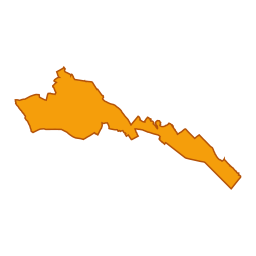 outline of Copalau, Botosani, Romania
{"feature_id": "2599482B3629245685711", "entity_name": "Copalau", "entity_type": "district", "adm_level": 2, "iso_a3": "ROU", "parent_name": "Romania", "parent_adm1": "Botosani", "projection": "equal_earth", "projection_center": [26.934, 47.592], "detail": "fine", "context": "isolated", "style": "filled", "palette": "amber", "viewbox_px": 256, "rotation_deg": 0, "n_neighbors": 0, "source": "geoboundaries", "source_scale": "gbopen_adm2", "svg_char_len": 5716}
<svg xmlns="http://www.w3.org/2000/svg" viewBox="0 0 256 256"><path d="M224.2,159.0L223.8,159.7L223.2,160.3L222.5,160.9L222.0,161.1L221.2,160.4L220.7,160.2L220.0,159.7L219.6,159.7L219.3,159.6L218.0,158.4L216.4,156.3L215.8,155.0L215.0,154.0L215.0,153.8L214.5,152.5L213.7,151.1L213.5,150.2L212.5,148.0L212.0,147.5L210.5,146.5L209.8,145.8L204.6,140.4L203.5,139.4L202.3,138.1L199.2,134.9L196.6,136.8L194.7,138.4L188.6,132.3L185.8,129.2L185.5,129.0L185.0,129.1L184.5,129.2L181.5,131.8L180.0,132.6L178.0,134.0L177.5,134.3L177.1,133.6L177.0,133.0L176.9,132.6L175.6,131.1L175.3,130.5L175.3,130.2L175.1,130.0L175.0,129.8L174.7,129.8L174.7,129.4L174.1,128.9L174.0,128.6L173.6,128.2L173.6,127.9L173.2,127.2L172.9,127.0L173.0,126.7L172.6,126.7L172.5,126.1L172.8,125.9L172.5,125.7L172.4,125.5L172.2,125.5L172.2,125.2L171.9,125.3L171.9,125.0L171.6,124.9L171.5,124.7L171.2,124.6L170.9,124.2L170.2,123.7L169.6,123.6L169.0,123.2L168.7,123.4L168.8,123.8L166.5,125.4L165.8,125.4L165.5,125.8L163.9,126.5L162.8,126.6L161.9,126.6L161.0,126.3L160.1,125.8L159.8,125.2L160.0,124.9L160.5,124.5L160.6,124.3L160.6,124.0L160.3,123.4L160.3,123.0L160.6,122.4L160.1,122.1L159.7,121.4L159.6,121.1L159.3,120.8L158.5,120.7L157.3,120.6L155.9,121.9L155.6,122.3L155.7,123.6L155.9,124.3L156.6,125.6L156.8,125.8L157.2,126.0L157.4,127.0L157.4,127.5L157.6,128.0L157.5,128.6L157.3,128.7L156.6,127.8L156.5,127.4L155.9,126.9L155.8,126.3L155.2,125.8L155.1,125.5L154.8,125.3L153.3,123.9L153.7,123.7L153.9,123.4L153.5,122.4L152.9,121.5L152.7,121.3L152.0,121.0L150.9,121.1L150.6,120.6L150.8,120.5L150.4,119.8L150.7,119.7L151.0,119.4L150.9,119.0L150.4,118.8L149.8,118.8L149.4,118.8L149.3,118.6L148.7,117.7L147.5,117.3L147.3,117.8L147.0,118.0L145.9,119.3L145.8,119.8L145.6,119.9L144.8,121.0L144.9,121.4L145.0,121.6L145.1,121.9L145.0,122.0L144.6,122.0L144.2,122.0L143.7,121.8L143.4,121.8L142.3,121.4L140.8,120.4L140.5,119.9L140.2,119.9L139.9,119.8L140.1,119.4L140.1,119.0L139.8,118.2L139.6,117.7L139.0,116.9L138.6,116.5L138.1,116.3L131.0,124.9L129.4,122.0L128.1,119.7L127.5,118.9L125.7,117.0L124.5,115.6L123.8,114.5L122.0,112.3L121.3,110.9L121.1,110.6L119.8,109.2L118.2,107.8L117.0,107.0L115.0,105.3L113.3,104.5L112.3,104.3L110.4,103.8L108.1,102.8L105.9,101.6L105.2,101.4L104.6,101.0L102.9,99.4L102.6,98.9L103.3,97.5L103.5,97.3L103.5,97.0L103.2,96.6L103.1,96.0L103.1,95.7L101.9,95.2L97.6,89.2L96.9,89.5L92.8,83.0L92.4,82.3L91.7,81.9L91.2,81.8L89.4,81.6L88.7,81.6L87.7,81.4L86.8,81.5L86.6,81.3L86.2,81.5L85.8,81.5L84.9,81.0L84.8,80.8L84.6,81.0L84.2,81.0L83.1,80.8L74.7,79.5L73.3,77.4L73.4,77.0L72.3,74.9L71.7,74.3L71.1,74.8L70.9,75.3L70.8,75.5L70.7,74.8L70.3,74.4L67.2,72.8L65.8,72.2L64.9,71.6L64.6,71.0L64.5,70.4L64.8,69.5L64.7,69.2L65.1,68.9L63.8,67.2L62.9,68.5L62.3,68.7L60.2,69.9L56.7,71.8L57.3,73.4L57.8,75.1L58.7,77.0L59.1,77.3L58.5,77.3L57.3,77.9L55.6,79.0L54.6,79.8L54.0,80.9L55.6,82.1L55.8,82.0L56.4,82.4L55.0,83.6L53.8,84.9L52.8,85.8L52.9,86.2L52.8,86.8L53.6,87.4L53.8,87.7L55.0,90.9L55.4,91.4L55.4,91.7L55.9,92.7L55.0,94.4L54.0,94.0L53.7,94.0L53.1,94.1L51.9,93.7L51.1,93.8L50.4,93.3L48.7,93.4L48.7,93.5L48.1,93.5L47.6,94.5L46.2,100.2L45.6,100.0L45.1,100.0L44.4,99.7L39.6,97.3L39.4,97.0L39.4,96.5L39.1,94.7L36.3,94.5L35.5,94.6L33.6,95.1L30.3,96.3L25.0,99.1L24.6,99.2L23.6,99.2L21.8,99.6L19.6,100.4L19.1,100.3L17.9,99.9L15.7,99.8L15.4,99.9L15.6,100.2L15.4,100.5L15.4,101.3L15.8,101.9L15.8,102.3L15.7,102.7L15.7,103.3L16.0,103.3L16.0,103.6L15.9,103.7L16.4,104.6L16.9,105.3L18.3,106.7L18.7,107.6L19.5,108.7L19.7,108.9L20.4,109.8L20.6,110.1L20.9,110.4L21.1,110.4L21.2,110.5L21.4,110.6L21.8,111.5L22.5,112.5L22.7,112.9L23.5,113.3L23.7,113.7L23.9,114.2L24.4,115.0L25.2,115.9L25.4,116.7L25.1,117.4L25.0,118.1L26.4,120.2L27.5,121.1L29.0,124.4L29.7,125.6L29.9,126.2L30.6,128.8L31.0,129.3L31.1,131.0L31.5,131.5L33.0,132.5L38.6,129.7L40.3,129.1L44.0,128.8L45.7,129.4L55.2,129.3L61.0,129.4L61.4,129.4L62.4,129.9L64.7,131.1L66.7,132.1L67.5,132.7L68.3,133.5L70.0,134.8L72.5,136.5L73.7,137.1L75.6,137.9L80.5,138.6L83.5,139.4L83.9,139.0L85.0,138.5L87.5,136.9L89.6,135.8L94.1,132.9L94.5,132.7L94.9,133.2L95.1,133.6L95.7,133.6L95.9,134.0L96.2,134.1L97.0,134.2L97.2,134.4L97.4,134.8L97.8,134.9L100.7,129.2L101.4,128.3L101.6,127.6L102.1,126.1L102.2,125.6L102.1,122.9L103.2,123.4L103.8,123.5L105.6,122.9L107.1,123.0L107.3,122.9L108.3,124.7L109.0,126.6L109.1,127.4L109.0,128.5L110.3,128.9L114.5,129.7L116.1,129.8L116.3,129.7L117.3,129.8L117.8,130.4L117.9,130.9L118.0,131.1L118.4,131.2L118.6,131.2L118.8,131.1L119.1,130.7L119.3,130.6L119.7,130.6L120.3,131.4L121.0,131.0L122.8,130.6L123.8,132.3L124.3,132.8L124.7,132.9L125.5,133.1L125.6,133.3L125.7,133.5L125.1,133.8L125.1,134.1L126.4,136.2L128.3,135.0L131.3,139.5L131.7,139.6L132.5,139.2L138.2,136.1L137.0,134.1L136.9,133.3L136.5,132.6L135.9,131.8L135.7,130.8L135.3,129.5L135.0,129.0L135.9,128.8L136.4,128.9L138.4,129.3L140.2,129.4L140.7,129.6L142.4,129.8L143.7,130.4L144.8,130.8L147.9,132.1L148.8,132.2L153.9,133.9L157.9,134.9L159.1,135.6L160.1,136.5L159.9,137.1L159.6,137.7L159.3,138.5L159.8,138.5L159.7,139.3L159.5,139.5L160.2,140.4L161.0,141.1L162.2,142.3L162.4,142.1L164.6,144.2L165.1,143.5L165.5,142.7L166.4,143.1L170.5,146.3L185.3,157.8L186.4,158.2L190.1,159.1L192.9,159.7L200.5,161.4L203.7,161.9L204.7,162.3L205.2,162.7L231.2,188.8L231.4,188.6L238.3,179.9L240.5,177.4L240.6,176.5L240.6,176.2L239.5,175.2L239.4,175.2L239.0,174.9L238.6,175.0L238.6,174.8L238.7,174.5L238.6,173.6L238.7,173.4L238.7,173.1L238.3,173.1L237.6,173.2L237.3,173.0L237.0,172.6L236.7,172.4L236.7,172.2L236.2,171.5L236.1,171.2L235.8,171.2L234.5,169.9L232.9,167.9L232.5,167.6L231.6,167.1L231.0,166.4L230.0,165.9L230.2,165.7L227.4,162.9L225.7,160.9L225.3,160.7L225.2,160.4L224.2,159.4L224.2,159.0Z" fill="#f59e0b" stroke="#b45309" stroke-width="1.5"/></svg>